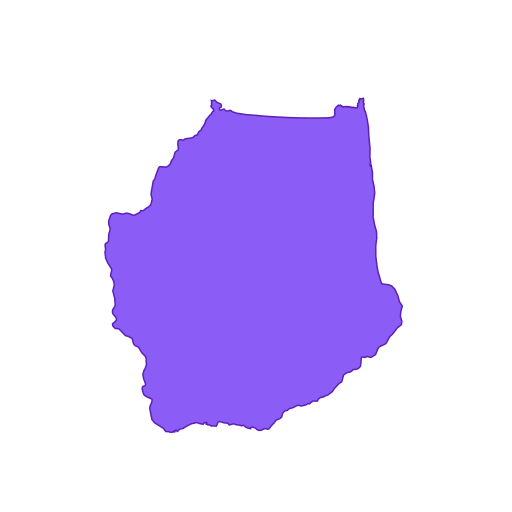 the district of Kwamouth, Bandundu, Democratic Republic of the Congo, rotated 151°
{"feature_id": "63176286B12311619160810", "entity_name": "Kwamouth", "entity_type": "district", "adm_level": 2, "iso_a3": "COD", "parent_name": "Democratic Republic of the Congo", "parent_adm1": "Bandundu", "projection": "robinson", "projection_center": [16.578, -3.619], "detail": "fine", "context": "isolated", "style": "filled", "palette": "violet", "viewbox_px": 512, "rotation_deg": 151, "n_neighbors": 0, "source": "geoboundaries", "source_scale": "gbopen_adm2", "svg_char_len": 5869}
<svg xmlns="http://www.w3.org/2000/svg" viewBox="0 0 512 512"><g transform="rotate(151 256 256)"><path d="M421.0,188.1L419.7,185.6L417.3,182.6L416.5,181.2L416.6,180.4L418.4,178.4L421.5,176.0L422.8,174.2L426.3,163.6L425.5,159.2L420.6,150.3L420.0,146.2L417.5,144.7L416.5,143.5L414.8,142.4L414.1,142.6L412.3,141.5L412.0,141.6L412.1,142.7L410.1,142.4L410.0,140.7L409.0,140.7L407.1,141.6L403.3,140.6L397.6,140.8L393.6,140.6L390.9,139.6L389.8,139.7L387.7,138.2L386.6,136.8L383.9,134.5L382.9,135.1L380.3,134.7L379.8,133.9L381.1,133.2L379.9,131.5L378.5,130.8L377.5,128.9L377.0,129.0L373.2,126.4L369.7,129.1L368.2,128.8L366.3,127.3L365.0,125.6L361.7,123.5L361.3,121.2L356.9,120.1L355.0,117.9L352.2,115.9L351.0,114.5L349.7,114.3L348.5,113.1L348.1,111.6L347.1,110.2L346.8,109.7L344.5,107.6L344.1,108.3L343.0,108.5L341.8,108.0L339.9,105.6L339.4,103.9L338.2,102.2L336.3,101.1L332.2,100.8L330.1,99.6L330.1,99.0L328.6,98.5L325.4,99.9L320.4,101.5L318.1,102.7L314.1,102.2L312.9,102.4L311.6,102.7L309.1,105.4L307.4,106.2L305.9,106.5L303.4,105.8L300.8,106.3L297.0,105.4L292.8,105.3L291.4,105.0L289.3,102.9L284.8,101.6L282.0,101.7L280.8,100.7L278.4,101.4L276.2,101.4L272.6,99.3L271.3,100.4L268.3,101.0L265.8,100.1L263.5,100.1L260.5,99.6L254.9,100.4L252.0,102.0L249.7,102.8L244.9,104.3L242.0,104.4L237.0,109.5L233.2,109.9L229.2,108.8L226.1,109.5L223.6,108.5L221.9,108.0L219.6,108.3L218.1,109.0L215.7,112.1L213.3,116.0L211.8,116.0L209.8,114.4L207.3,114.2L204.8,111.6L199.3,111.8L194.3,115.8L192.3,116.8L185.5,116.4L183.9,116.9L178.2,120.6L174.1,121.6L167.6,124.5L162.1,125.5L160.0,128.3L159.1,133.1L156.5,136.9L154.5,139.1L152.3,141.2L152.7,146.4L151.2,152.5L150.7,159.8L151.9,164.2L153.9,166.5L158.8,170.1L159.5,171.8L156.9,183.1L155.3,187.9L151.4,197.6L146.3,206.9L141.7,213.1L138.8,218.9L137.1,226.0L134.3,234.4L133.7,234.9L128.2,244.9L121.7,253.3L119.1,259.4L116.9,266.7L113.7,272.5L111.3,279.4L112.2,278.9L112.4,279.4L112.0,280.7L111.4,281.6L110.6,281.9L110.6,281.5L108.5,287.2L104.1,294.8L98.5,307.7L95.3,313.9L92.3,322.2L92.0,323.6L91.3,325.1L91.3,325.9L91.2,326.4L91.0,327.0L90.7,327.6L90.7,327.9L90.4,329.2L90.4,330.2L90.4,330.9L90.2,331.4L90.1,331.7L90.2,332.0L90.0,332.3L89.8,332.7L89.8,333.3L89.6,333.5L89.4,334.0L89.3,334.6L88.7,335.8L88.5,336.1L87.9,336.3L87.7,336.6L87.6,337.1L87.6,337.5L87.7,337.8L87.9,338.2L87.7,338.6L87.2,338.9L86.7,339.2L86.4,340.0L85.7,341.5L85.8,341.7L85.8,342.0L86.3,342.0L86.8,342.2L87.3,342.1L87.8,342.2L88.1,342.6L88.4,343.0L88.7,343.3L88.8,343.4L89.2,343.1L89.6,343.1L89.8,342.6L89.8,342.3L90.2,342.2L90.7,342.2L90.8,341.9L90.8,341.6L90.9,341.4L91.5,340.9L91.6,340.7L91.6,340.4L91.7,340.2L92.0,340.2L92.3,340.2L92.8,340.1L93.1,340.0L93.2,339.9L93.3,339.6L93.5,339.3L93.7,338.9L94.0,338.6L94.3,338.4L94.2,338.3L94.1,338.1L94.1,337.9L94.2,337.7L94.3,337.6L94.4,337.4L94.6,337.4L94.9,337.3L95.0,337.1L95.2,336.9L95.3,336.8L95.6,336.7L95.9,336.5L96.0,336.6L96.4,336.8L96.8,337.1L97.1,337.5L97.4,337.5L97.6,337.7L98.3,338.4L98.6,338.9L98.8,339.0L99.2,339.0L99.5,339.0L100.0,339.2L100.1,339.4L100.1,339.6L100.3,339.7L100.6,339.8L100.7,340.0L100.8,340.3L101.1,340.3L101.3,340.4L101.4,340.7L101.7,340.9L101.8,341.2L101.9,341.3L102.0,341.3L102.4,341.3L102.4,341.5L103.2,342.0L103.4,342.1L103.7,342.0L103.8,342.2L103.9,342.5L104.1,342.8L104.8,342.8L105.0,342.8L105.1,343.0L105.3,343.2L105.5,343.1L105.7,343.3L106.1,343.8L106.5,343.9L107.1,343.9L107.5,344.0L107.8,344.4L108.0,344.4L108.1,344.5L108.2,344.8L108.2,345.0L108.3,345.1L108.2,345.8L108.3,346.0L108.7,346.1L108.9,346.2L109.0,346.4L109.0,346.7L109.0,346.9L109.0,347.0L110.5,347.4L110.7,347.9L112.9,347.5L114.1,347.1L115.0,346.7L116.2,345.9L117.1,344.3L118.2,341.9L119.3,340.6L121.2,340.3L123.1,340.8L125.8,341.8L129.0,343.5L136.7,347.6L150.9,355.6L161.2,361.8L170.4,367.5L180.4,373.9L188.3,379.3L196.2,384.5L203.6,390.2L205.8,392.7L206.6,393.2L207.3,395.2L208.5,396.2L210.1,396.2L212.1,397.8L212.8,400.1L216.4,400.7L216.9,401.4L216.7,402.2L215.9,403.4L214.4,403.1L213.5,403.9L213.1,405.2L213.3,406.4L215.1,408.5L215.9,410.1L216.3,412.0L216.7,412.5L219.0,413.0L219.6,413.5L219.6,413.4L219.9,412.9L220.1,412.5L220.1,412.1L220.4,411.6L220.9,411.2L221.2,410.6L221.4,410.0L221.6,409.5L221.9,409.0L222.3,408.9L222.7,409.0L222.9,408.8L222.9,408.4L222.9,407.9L222.7,407.4L222.6,406.9L222.5,406.4L222.4,406.0L222.2,405.7L222.2,405.4L222.3,405.1L222.2,404.5L222.6,403.6L222.8,403.5L223.1,403.2L223.5,403.3L223.9,403.3L224.5,402.9L225.3,402.6L225.9,402.3L226.4,401.8L227.4,401.5L227.7,401.6L234.3,399.0L235.7,397.3L238.7,395.3L241.5,394.0L243.2,392.7L245.6,392.5L248.4,390.5L249.4,390.4L250.5,391.0L254.3,390.2L260.8,392.7L263.7,392.6L265.1,394.0L266.8,394.8L267.9,394.6L268.8,393.9L270.1,391.9L271.9,387.4L273.0,386.5L276.5,386.0L280.4,381.9L283.5,380.5L286.3,378.1L289.0,377.3L291.4,377.3L296.5,380.6L297.5,380.7L298.8,380.0L305.1,374.6L307.1,372.4L309.3,371.5L310.5,370.2L317.9,361.0L319.1,356.3L323.0,351.9L324.0,351.6L326.3,351.0L329.2,351.0L332.5,350.3L334.9,351.6L336.3,350.5L341.9,350.6L343.7,351.2L346.1,354.3L348.6,356.4L352.3,357.2L357.2,361.5L361.4,362.7L363.5,362.0L367.7,358.2L369.4,355.2L370.3,350.4L374.2,346.4L377.7,340.8L378.7,340.0L381.8,339.7L382.7,338.8L384.4,334.6L386.2,332.6L388.6,326.9L389.0,321.4L388.6,315.1L389.0,313.7L392.3,309.9L392.9,308.8L392.5,306.4L392.8,302.4L394.0,299.4L398.2,294.8L400.1,287.5L402.6,281.9L403.9,280.3L407.1,278.7L408.1,277.7L408.9,276.0L409.2,274.6L408.4,270.7L408.4,268.7L409.4,267.6L410.8,267.0L414.3,266.3L415.0,264.9L415.1,263.9L414.3,260.9L411.8,259.2L411.0,258.1L408.8,249.6L406.7,247.7L404.6,244.3L404.5,243.3L405.6,238.7L405.5,237.2L404.6,235.3L403.5,234.2L403.0,232.7L402.7,226.5L401.5,222.2L401.7,219.4L403.0,217.5L404.5,214.0L408.0,211.0L409.6,210.1L412.3,207.4L413.7,203.4L414.6,197.8L415.5,196.5L417.3,196.4L417.8,196.8L418.8,196.5L419.9,195.2L420.5,193.3L421.3,189.3L421.0,188.1Z" fill="#8b5cf6" stroke="#5b21b6" stroke-width="1.5"/></g></svg>